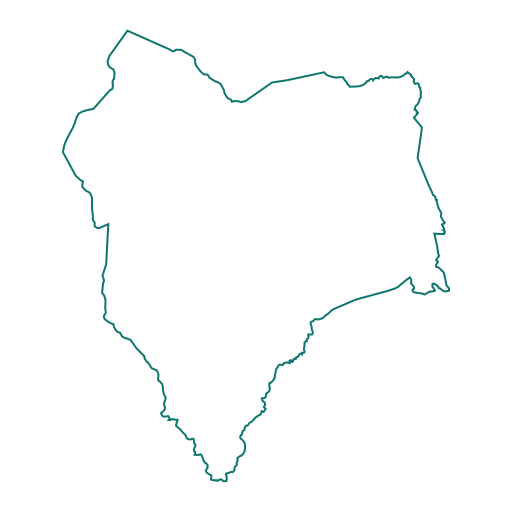 outline of Nuevo Parangaricutiro, Michoacán, Mexico
{"feature_id": "50627088B13133644207596", "entity_name": "Nuevo Parangaricutiro", "entity_type": "district", "adm_level": 2, "iso_a3": "MEX", "parent_name": "Mexico", "parent_adm1": "Michoacán", "projection": "albers", "projection_center": [-102.175, 19.394], "detail": "fine", "context": "isolated", "style": "outline", "palette": "teal", "viewbox_px": 512, "rotation_deg": 0, "n_neighbors": 0, "source": "geoboundaries", "source_scale": "gbopen_adm2", "svg_char_len": 5982}
<svg xmlns="http://www.w3.org/2000/svg" viewBox="0 0 512 512"><path d="M340.6,77.1L335.7,77.6L330.3,76.4L326.6,74.9L324.1,72.3L286.7,80.3L272.0,82.5L245.0,101.4L243.4,101.4L241.3,102.1L237.9,101.2L234.8,101.0L231.8,101.7L231.2,99.8L228.0,98.3L227.0,97.3L225.9,95.7L224.4,92.8L224.1,90.9L223.7,89.7L220.7,84.1L216.8,81.7L215.2,81.4L209.6,77.8L208.2,75.4L207.2,74.5L206.6,74.4L205.3,74.6L203.7,74.3L200.5,71.3L196.1,65.6L195.3,63.3L195.0,59.6L194.3,58.1L193.3,56.9L191.9,55.9L185.8,52.7L182.1,50.3L180.6,49.7L178.2,49.9L176.2,49.6L174.3,51.0L172.7,51.3L169.7,49.5L127.4,30.7L109.3,56.1L107.6,61.4L107.9,63.7L108.5,65.3L109.5,66.9L110.7,67.9L113.0,69.1L114.2,71.0L114.5,73.6L114.2,77.2L114.0,78.6L112.8,80.6L112.5,81.8L112.9,84.9L112.6,88.4L111.9,89.2L109.7,90.4L93.6,108.7L85.4,110.6L81.9,111.8L78.6,113.7L76.7,117.1L74.4,124.1L72.4,128.6L68.0,136.7L65.3,142.4L64.5,144.7L63.8,147.5L63.0,152.3L75.6,175.6L80.5,180.1L83.0,181.4L82.3,184.9L82.3,187.0L85.6,190.4L89.1,192.3L90.3,193.4L92.0,197.5L92.1,208.0L92.3,211.2L92.9,215.6L92.8,219.2L93.1,220.5L94.4,222.0L94.7,223.3L94.6,225.7L94.9,226.5L97.2,228.0L98.9,228.2L108.3,224.2L106.2,264.2L102.5,275.7L103.4,278.1L104.0,281.2L103.1,283.1L102.2,292.0L102.3,293.4L103.8,294.9L104.6,296.6L105.5,300.4L105.2,307.9L105.8,312.3L105.4,313.8L104.0,315.5L103.9,316.8L104.2,318.1L104.7,319.1L108.0,321.7L112.0,323.8L113.2,323.9L113.7,325.3L113.8,326.6L115.6,329.9L117.6,331.9L120.4,333.0L121.8,336.0L122.4,336.6L123.9,337.6L130.4,339.7L136.5,348.3L144.0,355.9L144.6,357.0L144.5,358.3L144.9,359.1L146.6,361.4L149.0,363.8L151.2,367.6L152.2,368.5L156.3,370.1L157.1,371.1L157.8,372.5L158.5,375.0L158.1,378.3L158.3,380.5L160.2,381.9L162.1,384.1L162.7,386.1L163.1,391.4L164.1,394.7L165.6,397.2L165.7,398.6L164.0,403.5L164.4,406.2L165.2,407.7L164.6,409.6L163.4,411.1L161.0,413.1L161.8,415.1L163.2,416.5L165.4,416.6L168.2,416.1L169.4,417.6L169.6,418.6L168.6,420.0L170.1,420.1L172.6,419.1L175.3,419.7L177.2,419.8L177.6,420.0L176.0,425.3L176.3,426.1L180.7,429.8L182.4,432.0L185.4,435.0L186.7,438.0L187.3,438.6L189.9,439.5L190.9,439.4L192.1,438.8L193.4,438.8L193.9,439.9L194.1,443.1L194.3,443.6L195.3,444.3L195.4,445.1L195.4,446.1L194.5,447.6L194.0,449.2L193.9,450.8L195.2,451.7L194.6,454.8L199.0,454.9L200.0,454.4L200.6,454.4L201.3,454.8L202.8,457.9L203.5,460.6L204.9,462.7L206.1,463.3L207.6,465.0L207.4,467.0L207.6,467.6L205.8,470.6L206.2,471.8L206.9,472.7L209.0,474.2L210.8,475.0L211.3,475.5L211.5,476.1L211.0,478.8L211.1,479.4L211.7,479.9L215.0,480.5L216.1,480.0L216.6,480.5L217.4,480.7L218.2,480.6L219.5,479.5L221.3,479.4L223.3,481.1L224.7,481.3L225.7,480.9L226.4,481.0L226.4,479.9L226.9,478.9L226.0,473.7L226.6,473.3L227.2,473.4L228.5,472.8L229.3,472.7L231.0,471.9L232.5,472.2L234.2,470.7L234.6,469.6L234.4,468.5L234.6,467.3L236.3,465.6L236.9,464.6L236.6,462.7L237.4,461.0L237.7,459.7L237.3,458.4L237.6,457.8L240.4,455.9L241.5,455.6L242.9,454.1L244.8,450.9L245.1,446.3L244.6,443.2L243.9,441.7L242.3,439.8L241.0,438.9L240.2,437.8L240.3,436.4L240.8,435.2L241.5,435.0L241.9,434.2L242.4,432.6L242.5,431.1L243.7,430.5L244.4,429.8L244.9,427.2L245.6,425.9L247.7,425.5L249.2,423.3L250.1,422.5L251.7,421.8L255.0,418.0L257.4,416.1L260.4,414.6L261.2,412.8L261.6,411.2L263.5,412.0L265.7,408.9L263.9,407.1L265.1,404.9L264.7,402.5L262.5,400.8L261.9,398.3L264.5,398.0L265.1,397.4L265.9,396.3L266.0,393.8L269.3,391.2L269.9,388.4L269.3,386.5L269.4,383.0L271.2,382.6L274.6,378.3L275.0,374.5L275.4,373.6L275.6,371.1L276.5,368.6L277.1,368.0L278.0,366.1L279.4,364.7L282.9,364.9L283.9,363.1L285.5,362.7L286.6,362.4L289.7,363.1L289.4,361.1L290.1,360.3L291.1,360.2L291.5,360.5L291.4,361.8L292.6,361.9L293.8,358.9L294.9,358.8L295.7,359.1L296.2,357.3L298.2,356.6L299.3,354.4L299.9,354.0L300.8,353.9L301.8,354.4L301.7,352.8L301.9,352.6L303.2,353.0L304.2,352.6L304.6,351.2L303.9,349.6L304.6,344.2L304.5,342.4L305.8,341.3L306.8,341.3L306.6,340.0L306.8,339.3L307.3,338.7L308.0,338.5L308.4,337.8L308.5,336.7L308.1,335.5L308.4,334.4L311.9,334.6L312.8,333.2L312.7,331.9L311.9,329.6L311.4,325.6L310.7,323.9L310.7,322.3L311.3,321.7L313.2,321.1L314.7,319.3L315.4,319.1L318.5,319.5L322.6,318.2L325.4,315.6L327.8,314.0L331.6,310.3L333.2,309.3L354.2,300.2L360.1,298.4L388.0,290.8L395.6,288.3L398.1,286.8L405.5,280.6L409.9,277.4L411.2,279.7L411.3,281.7L410.9,282.8L411.2,283.6L413.8,286.6L414.1,287.8L414.1,288.6L413.1,289.1L412.7,289.8L412.6,290.9L413.0,291.6L414.5,292.4L422.9,293.7L423.6,294.2L424.5,294.5L429.6,291.7L434.6,291.1L434.9,290.4L433.4,287.9L432.5,287.1L432.4,284.2L432.8,283.8L433.7,283.6L434.9,284.1L438.0,286.3L438.6,288.0L440.5,288.7L443.0,290.9L445.1,291.5L449.0,290.7L449.0,288.8L448.3,287.5L446.4,285.1L445.3,278.9L443.7,272.4L438.7,267.6L436.2,266.8L435.9,265.8L436.2,264.8L437.9,262.0L437.5,261.1L436.4,260.5L436.1,259.9L439.2,255.7L438.3,254.3L438.1,253.5L437.3,246.8L434.3,233.7L441.2,234.0L444.1,233.9L444.1,233.0L444.8,232.6L444.9,231.8L443.5,230.4L444.2,230.4L444.4,229.6L442.4,225.0L441.9,224.8L442.1,224.3L444.0,223.5L444.7,222.6L444.0,222.0L441.0,216.8L441.0,215.2L441.4,213.3L438.6,208.1L436.5,201.0L437.0,200.1L436.8,199.7L435.7,199.5L435.4,197.2L434.4,195.9L433.0,195.1L432.0,192.2L428.5,184.8L417.6,158.2L421.9,128.0L421.7,127.2L413.9,117.7L418.0,113.0L417.5,112.3L416.7,112.3L416.6,110.9L415.8,110.0L414.6,109.7L415.6,106.1L418.1,103.6L418.5,102.3L419.3,101.1L419.2,100.1L419.7,98.8L420.9,97.5L420.6,94.9L421.1,92.0L420.3,90.3L420.4,88.0L419.4,87.1L418.4,83.5L416.9,83.3L415.6,83.8L414.7,83.7L413.9,82.1L413.7,80.6L414.1,79.3L413.4,78.3L412.2,77.4L411.9,76.4L410.9,75.7L410.9,74.8L409.2,73.2L407.7,73.1L407.5,72.2L403.3,75.5L400.8,76.8L398.1,77.5L391.3,77.3L388.8,77.9L387.9,77.1L386.2,76.6L383.7,77.9L382.7,77.6L382.3,76.4L381.4,76.0L380.2,76.0L379.3,76.8L378.6,78.5L377.5,78.1L375.3,78.0L373.1,80.4L372.8,79.5L372.1,79.0L371.4,78.9L370.2,79.3L369.2,80.0L368.6,80.9L366.5,81.4L366.2,82.5L363.4,84.8L359.8,86.1L356.6,86.5L349.6,86.7L348.6,84.9L347.4,84.2L347.0,82.8L344.5,79.9L343.1,77.4L340.6,77.1Z" fill="none" stroke="#0f766e" stroke-width="2"/></svg>